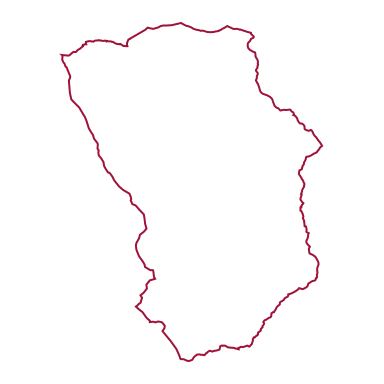 Rau Alb, Dâmbovita, Romania (Natural Earth projection)
{"feature_id": "2599482B47539139457453", "entity_name": "Rau Alb", "entity_type": "district", "adm_level": 2, "iso_a3": "ROU", "parent_name": "Romania", "parent_adm1": "Dâmbovita", "projection": "natural_earth1", "projection_center": [25.346, 45.149], "detail": "fine", "context": "isolated", "style": "outline", "palette": "rose", "viewbox_px": 384, "rotation_deg": 0, "n_neighbors": 0, "source": "geoboundaries", "source_scale": "gbopen_adm2", "svg_char_len": 5906}
<svg xmlns="http://www.w3.org/2000/svg" viewBox="0 0 384 384"><path d="M180.6,359.1L182.6,359.1L184.1,359.4L187.2,360.8L189.1,361.0L191.9,360.0L192.5,359.5L193.4,357.9L194.7,356.4L197.1,354.6L199.2,354.4L201.1,354.8L202.7,354.8L204.2,355.2L204.8,354.9L206.0,353.3L206.6,353.2L207.8,351.9L209.7,350.7L212.2,351.5L212.7,351.5L213.5,351.0L217.0,350.4L219.2,349.7L219.5,349.5L220.3,346.2L222.0,345.5L222.4,345.8L223.2,345.6L223.9,345.7L225.0,345.6L228.1,347.4L234.2,347.9L235.4,348.6L236.8,348.6L237.5,349.0L238.7,349.3L238.6,347.8L240.1,347.4L240.7,347.0L241.5,346.8L242.8,347.1L245.8,346.2L247.0,345.7L247.6,345.7L248.8,346.5L249.6,346.5L250.5,345.4L251.8,344.1L252.0,343.1L252.9,340.8L252.8,339.2L253.5,338.5L253.5,337.7L253.7,337.4L255.2,337.1L255.7,336.4L256.6,335.5L257.1,335.5L257.5,335.2L258.1,334.2L257.9,333.3L258.2,332.5L260.7,330.7L260.6,330.0L260.8,329.8L261.0,328.7L262.5,327.4L262.4,326.4L262.6,325.9L263.1,325.5L263.8,324.4L264.1,323.6L263.8,322.7L263.3,322.0L263.7,321.3L264.6,320.3L266.2,319.7L268.6,318.0L270.3,317.4L271.2,316.3L271.5,313.3L273.0,312.2L273.6,312.3L274.1,312.1L274.2,311.6L275.6,309.6L276.4,307.8L277.4,306.4L279.8,304.4L279.9,302.6L280.4,301.9L282.3,301.0L284.0,299.7L284.3,298.9L285.0,298.0L287.6,296.7L288.3,295.6L288.2,294.4L291.2,293.5L294.0,292.1L296.5,290.6L298.2,289.3L299.1,288.1L302.3,289.1L303.6,288.8L306.5,287.2L307.5,286.2L308.3,283.6L312.1,281.2L314.4,280.6L315.3,280.2L315.8,279.2L315.8,278.4L316.0,278.0L316.7,277.8L317.1,276.9L316.8,275.1L317.5,272.5L317.2,271.0L317.2,268.1L318.5,264.7L318.5,263.4L318.3,262.2L317.2,259.8L315.8,257.4L315.0,256.5L312.6,254.8L310.0,253.7L309.4,253.0L308.9,249.7L308.9,248.5L309.9,246.7L307.5,244.2L306.5,242.7L306.3,241.0L307.6,238.3L308.1,235.9L308.1,235.0L308.7,233.1L306.8,232.2L306.4,231.7L306.6,229.1L306.0,226.5L304.7,226.3L304.5,226.0L304.5,224.1L304.1,221.7L304.3,221.1L302.9,218.3L303.4,216.4L302.6,213.7L301.7,211.8L301.2,210.9L300.5,210.7L300.4,210.1L300.5,207.2L300.9,206.7L301.4,207.0L301.8,205.1L303.3,203.5L303.4,203.1L302.6,202.5L301.6,201.3L300.5,199.6L300.5,198.3L301.7,194.8L301.0,194.1L301.6,193.0L301.6,192.5L302.0,191.7L302.1,190.4L303.1,188.2L303.9,187.0L304.2,186.1L304.0,185.7L304.4,184.5L304.3,183.3L303.7,182.6L303.2,181.0L302.7,180.0L301.8,179.1L301.4,177.9L298.9,174.0L298.9,173.6L299.4,170.4L301.1,169.6L302.0,168.9L302.0,167.8L302.4,167.2L302.6,165.9L303.8,164.4L304.1,162.3L305.1,160.6L305.7,159.3L306.0,157.3L307.0,156.6L308.4,156.6L310.7,155.6L313.0,154.3L313.5,153.7L314.2,153.6L316.8,152.3L317.5,151.0L318.2,150.5L318.4,149.9L319.3,149.2L319.7,148.0L320.1,147.5L322.1,145.9L320.3,142.8L318.6,140.8L315.9,137.0L314.7,135.9L313.5,134.1L312.5,131.7L311.5,130.3L310.9,130.0L310.4,130.0L309.5,130.7L308.8,130.8L306.6,130.2L304.9,129.3L304.6,128.7L304.5,126.6L304.4,125.9L303.7,125.0L302.2,123.7L299.9,123.3L299.0,122.5L297.6,120.1L297.2,118.4L296.0,116.7L294.9,115.7L293.5,115.1L294.1,114.6L293.3,112.5L291.3,111.1L290.6,110.0L290.2,109.7L289.3,109.6L286.4,110.0L283.5,109.8L280.7,110.5L279.9,110.2L279.4,109.4L278.7,108.7L278.1,108.2L276.8,107.8L275.8,107.1L274.7,106.0L273.3,102.5L272.5,100.0L272.1,99.0L270.3,97.1L267.0,95.2L265.9,94.9L262.7,93.7L261.6,93.0L260.8,92.1L259.9,90.3L259.2,87.4L258.3,85.1L258.2,84.2L257.1,82.9L257.1,82.5L256.0,80.7L255.9,80.3L256.7,78.6L256.9,76.0L257.8,74.0L257.7,73.0L256.3,71.3L256.0,70.5L256.1,69.7L257.3,68.0L257.5,67.6L257.4,66.3L258.1,64.9L257.7,63.5L258.0,62.4L257.9,61.3L257.3,59.4L256.1,57.7L256.1,57.4L255.5,56.4L255.5,54.8L255.1,52.5L252.7,51.5L249.8,49.8L248.2,48.0L247.7,46.3L247.8,43.6L248.1,42.9L250.1,40.9L251.0,38.9L253.3,37.8L253.7,37.2L253.8,36.8L253.2,35.9L251.4,34.3L250.9,33.7L250.9,32.8L247.1,31.8L240.2,29.5L239.8,29.7L238.2,29.1L236.8,28.8L234.6,29.0L233.5,28.9L232.6,28.6L230.9,27.7L229.5,27.2L227.2,26.0L224.7,27.7L222.2,28.9L220.5,30.1L218.8,30.6L218.7,30.9L218.3,31.1L215.9,31.4L213.6,32.0L210.9,32.2L207.3,32.0L202.8,30.6L200.6,30.8L198.7,30.1L197.1,29.9L193.6,28.9L191.5,27.5L188.9,26.4L186.0,25.7L180.9,23.0L171.7,25.2L164.7,25.6L163.8,25.4L160.6,26.1L158.3,27.4L153.2,28.9L149.1,28.1L147.8,27.6L146.2,28.9L145.8,29.5L130.3,38.5L130.1,38.9L128.5,39.4L127.1,42.7L127.0,43.8L127.0,45.0L127.4,46.2L127.0,46.3L124.3,45.9L123.7,46.1L122.5,45.4L120.5,44.0L120.2,43.9L119.6,44.3L118.8,44.0L117.7,44.1L116.6,43.8L115.6,43.4L115.0,43.3L113.0,41.8L111.9,41.9L111.0,41.4L108.1,41.3L107.2,40.9L106.7,40.9L106.3,41.4L105.4,40.7L104.8,40.6L103.7,40.9L102.4,40.9L100.6,40.4L99.9,40.6L98.6,40.1L98.1,40.4L95.1,40.6L93.2,41.7L92.9,41.5L92.1,41.4L91.5,41.5L90.9,41.2L89.1,41.1L85.9,41.9L85.8,43.3L86.2,44.3L84.3,44.4L83.7,44.9L82.9,44.9L82.7,45.3L83.2,45.8L83.1,46.2L82.5,46.3L82.2,46.9L79.4,49.1L78.3,49.6L77.3,50.4L76.2,51.8L75.7,52.0L73.4,51.9L71.4,53.5L69.5,55.3L68.1,55.6L61.9,55.0L62.1,55.2L62.5,56.6L62.2,59.7L63.5,62.5L64.5,63.6L65.5,66.5L66.6,67.3L70.2,76.4L70.1,77.6L68.9,80.7L69.9,92.9L71.3,99.3L73.6,101.9L79.2,107.5L85.1,117.4L86.6,121.2L88.8,128.3L90.9,131.9L93.0,135.0L94.0,138.6L97.5,143.2L97.8,144.8L97.5,148.7L98.7,150.4L98.3,152.3L98.8,155.5L101.0,158.1L103.5,162.1L103.8,164.4L104.4,166.7L108.0,172.5L109.3,172.7L110.2,173.6L112.6,177.0L114.1,180.2L119.1,186.5L123.2,190.0L129.4,193.6L130.8,197.0L131.2,199.5L130.7,200.4L132.4,204.1L135.7,205.5L139.4,209.8L143.8,214.4L144.5,218.3L145.1,223.7L146.5,228.6L143.8,231.8L140.0,234.7L139.0,238.4L136.4,243.0L135.9,245.4L136.4,249.7L139.0,256.2L143.4,262.4L144.6,264.7L145.0,266.9L147.5,268.5L150.4,270.2L152.8,270.1L153.3,271.1L154.0,276.9L155.1,278.8L149.8,280.4L146.4,284.6L146.9,288.6L143.6,292.8L140.5,295.3L142.0,297.8L140.6,302.7L139.0,303.8L137.1,305.7L135.9,306.6L139.6,309.9L142.4,312.0L145.9,316.9L147.2,318.5L148.8,319.8L149.8,320.7L149.8,322.1L153.0,321.7L154.3,322.1L156.0,322.3L157.3,321.7L158.5,321.5L161.9,322.3L162.8,323.2L164.8,325.8L164.4,328.3L162.5,331.1L170.7,341.1L176.2,348.7L178.4,353.4L180.6,359.1Z" fill="none" stroke="#9f1239" stroke-width="2"/></svg>